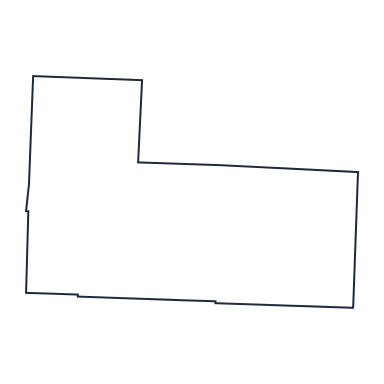 outline of Lincoln, Colorado, United States of America, rotated 92°
{"feature_id": "52423323B65338081573095", "entity_name": "Lincoln", "entity_type": "district", "adm_level": 2, "iso_a3": "USA", "parent_name": "United States of America", "parent_adm1": "Colorado", "projection": "albers", "projection_center": [-103.434, 39.041], "detail": "fine", "context": "isolated", "style": "outline", "palette": "slate", "viewbox_px": 384, "rotation_deg": 92, "n_neighbors": 0, "source": "geoboundaries", "source_scale": "gbopen_adm2", "svg_char_len": 387}
<svg xmlns="http://www.w3.org/2000/svg" viewBox="0 0 384 384"><g transform="rotate(92 192 192)"><path d="M300.5,193.1L300.4,164.7L302.3,164.7L302.1,27.0L300.4,26.9L168.1,26.8L166.3,26.8L164.2,164.6L164.3,246.9L82.0,245.8L81.7,354.8L190.2,355.2L216.9,357.2L216.9,354.9L298.6,354.3L298.5,326.9L298.5,302.5L300.5,302.5L300.5,193.1Z" fill="none" stroke="#1e293b" stroke-width="2"/></g></svg>